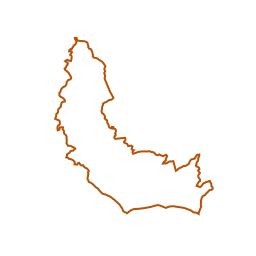 Jaguaripe, Brazil (Robinson projection), rotated 77°
{"feature_id": "56859067B34110890821904", "entity_name": "Jaguaripe", "entity_type": "district", "adm_level": 2, "iso_a3": "BRA", "parent_name": "Brazil", "parent_adm1": "", "projection": "robinson", "projection_center": [-39.007, -13.088], "detail": "fine", "context": "isolated", "style": "outline", "palette": "amber", "viewbox_px": 256, "rotation_deg": 77, "n_neighbors": 0, "source": "geoboundaries", "source_scale": "gbopen_adm2", "svg_char_len": 5119}
<svg xmlns="http://www.w3.org/2000/svg" viewBox="0 0 256 256"><g transform="rotate(77 128 128)"><path d="M95.2,135.4L88.3,137.4L75.2,139.6L74.1,139.6L73.0,138.9L71.5,138.5L70.3,138.7L69.0,138.8L67.8,137.5L66.3,137.7L64.8,137.7L63.8,136.8L62.7,136.1L61.4,136.7L60.1,137.0L58.7,137.7L57.5,138.3L56.4,139.5L55.2,140.7L53.8,141.8L52.5,143.4L52.1,144.7L51.5,145.7L50.4,146.2L48.7,145.7L47.4,145.8L45.7,145.7L44.1,146.1L42.8,146.5L42.1,147.9L40.5,148.6L39.1,148.1L38.0,148.4L36.3,148.3L35.3,148.8L34.4,149.6L33.4,151.7L32.2,155.6L31.4,157.5L30.2,157.8L28.7,157.8L28.3,159.5L29.7,159.6L31.2,158.9L32.5,158.8L33.7,159.6L34.8,160.6L35.4,162.4L36.6,163.2L37.4,164.3L38.6,165.1L38.2,166.3L38.9,167.6L40.2,168.1L40.5,166.2L41.5,165.5L42.7,166.7L43.7,167.9L44.9,166.9L46.3,166.9L48.1,167.6L49.9,168.6L49.1,170.4L47.8,171.9L48.3,173.0L48.7,174.2L50.0,173.1L51.2,172.0L52.8,172.7L53.3,173.9L54.9,174.6L55.8,176.4L57.4,176.1L58.6,175.0L59.8,174.2L60.8,173.5L62.0,173.1L63.2,172.8L64.3,172.4L65.6,172.0L66.6,172.1L67.7,173.3L67.7,175.3L68.5,176.3L69.6,177.4L71.0,178.0L72.2,178.6L73.3,180.1L73.5,181.9L74.3,183.1L75.1,184.3L76.3,185.1L77.7,185.9L78.2,186.9L79.5,187.1L80.9,187.6L82.4,186.7L83.4,185.4L84.4,184.5L85.6,183.7L86.8,183.3L88.0,183.7L87.8,185.4L88.4,186.9L89.9,187.8L90.8,188.3L92.1,188.6L93.1,190.2L93.9,191.5L94.9,192.1L96.3,192.3L97.5,193.2L98.1,194.6L99.4,195.0L101.1,195.8L102.6,196.9L103.4,196.0L104.1,195.0L104.7,194.0L105.5,193.2L106.8,193.1L108.3,193.4L109.5,194.2L109.9,195.6L111.0,196.4L112.7,196.9L114.4,197.0L114.4,195.5L113.2,194.9L112.2,194.3L112.3,192.6L112.8,191.2L114.5,192.0L115.7,191.4L116.7,191.0L117.9,191.5L119.3,191.4L120.3,190.6L121.2,190.0L122.6,189.8L123.8,190.0L124.8,190.4L126.2,190.3L127.7,190.9L129.2,191.4L130.6,190.8L131.9,190.4L132.1,189.2L132.6,187.8L133.9,186.4L134.6,185.4L135.4,184.5L136.4,184.1L136.9,185.4L137.7,186.4L137.5,187.9L137.8,189.4L138.9,190.4L139.5,192.1L140.0,193.4L141.1,193.6L142.8,194.7L143.5,193.1L144.9,192.3L145.5,190.7L146.3,189.6L147.5,188.5L148.9,187.6L150.2,187.8L151.4,188.2L151.8,187.1L152.2,185.6L151.1,184.9L150.9,183.5L152.0,183.1L153.1,182.7L154.1,181.7L154.2,180.1L155.9,179.5L157.2,178.5L158.1,177.2L159.5,176.4L161.0,175.8L162.3,177.0L163.7,176.9L165.1,177.6L166.2,177.9L167.4,178.6L168.7,178.9L170.0,178.5L171.1,178.4L172.1,178.0L172.7,176.8L173.7,175.8L175.0,174.8L176.3,174.0L177.8,173.1L178.9,172.3L179.7,171.4L180.8,170.6L182.5,169.9L184.2,168.9L185.8,168.1L187.0,166.5L187.6,165.0L188.4,164.1L189.0,163.2L189.8,162.2L190.6,161.1L191.9,159.9L193.5,158.7L194.7,157.5L196.0,156.7L197.5,155.6L198.8,154.7L200.2,153.8L201.3,153.2L202.6,152.8L203.7,152.3L204.9,151.8L206.0,151.6L207.5,151.5L208.9,150.5L210.9,147.9L210.2,146.8L208.9,144.0L208.4,141.5L208.4,139.6L209.1,136.1L209.7,130.4L209.8,128.0L210.0,123.5L209.9,121.3L209.7,117.2L210.1,115.5L211.1,113.7L212.9,111.2L214.4,108.9L213.9,106.6L213.9,104.7L214.1,103.5L214.5,101.2L216.1,97.3L217.4,93.9L218.1,92.3L219.3,90.0L221.6,86.6L222.5,85.3L223.8,84.1L225.0,83.0L225.5,81.6L226.3,79.8L227.7,78.5L226.2,78.0L224.0,76.4L222.7,75.6L221.2,74.3L219.4,74.4L218.1,74.0L217.1,73.6L215.6,73.4L214.2,72.7L213.0,72.1L212.2,71.4L211.0,70.1L210.7,68.1L209.5,66.7L208.9,65.6L208.0,64.2L207.3,63.3L206.8,62.0L207.1,60.7L206.3,59.1L204.8,59.0L203.6,59.8L202.2,59.6L200.6,59.3L199.3,60.2L198.0,60.2L198.0,61.4L198.3,62.7L198.2,64.3L198.8,65.4L198.8,66.7L199.9,68.1L200.9,69.3L201.7,70.6L201.3,72.0L200.5,72.8L200.0,74.1L198.7,73.3L197.5,72.2L196.3,71.2L196.0,69.9L194.4,69.4L193.1,70.0L191.6,70.5L190.4,70.3L189.4,69.8L188.7,68.7L187.8,68.0L186.4,68.8L185.0,69.2L184.1,67.7L182.6,67.8L181.5,68.8L180.9,69.9L179.8,70.3L179.0,69.5L177.6,69.2L176.4,68.2L175.7,67.1L174.2,66.5L173.0,66.3L171.4,64.9L169.9,64.5L169.8,66.9L171.0,68.2L172.0,69.3L172.9,70.0L172.9,71.7L172.8,73.2L173.4,74.2L174.3,75.1L175.1,76.0L176.4,76.4L177.3,78.5L177.9,80.4L177.5,82.2L178.0,83.7L178.5,85.8L178.9,87.7L179.5,88.8L180.2,89.8L180.5,91.0L170.5,91.3L170.4,93.1L169.9,94.8L170.4,96.7L171.0,98.0L171.1,99.2L170.6,100.5L170.5,101.9L169.2,100.8L168.6,99.2L167.9,98.3L166.7,98.2L165.5,97.1L163.9,96.2L162.7,97.0L163.0,98.6L163.3,99.9L162.6,101.4L161.7,102.5L160.8,103.4L161.3,104.7L160.7,106.1L160.0,107.1L159.0,107.5L158.0,108.1L157.2,108.9L156.8,110.6L155.6,111.7L155.3,113.7L154.9,115.7L154.4,117.5L154.0,119.4L153.7,122.3L153.6,123.6L154.0,125.7L154.1,127.3L154.3,128.8L152.9,129.1L151.8,128.6L151.0,127.4L150.5,128.6L149.2,129.2L148.0,128.5L147.2,127.8L145.9,128.7L145.8,130.4L145.7,131.9L144.6,132.0L143.3,132.4L142.2,133.9L141.2,135.1L140.2,134.8L139.5,133.4L138.1,133.0L136.9,133.1L135.7,143.0L134.1,143.5L133.0,143.0L132.6,141.8L131.6,141.5L130.4,141.8L129.0,140.7L127.2,140.3L126.0,140.8L125.3,142.0L123.7,142.1L123.3,143.4L124.9,143.6L124.2,145.2L122.9,146.2L121.4,146.2L119.8,146.4L118.9,146.9L117.4,146.9L115.8,146.7L114.6,147.8L113.4,148.6L112.2,147.9L110.9,147.9L108.8,148.8L107.6,149.9L106.2,150.0L105.0,149.9L104.1,149.2L103.1,148.8L102.0,148.6L101.0,148.0L100.0,147.3L98.5,146.7L98.0,145.1L97.9,143.8L97.4,142.4L96.8,140.9L96.6,139.7L96.7,138.3L96.3,136.8L95.2,135.4Z" fill="none" stroke="#b45309" stroke-width="2"/></g></svg>